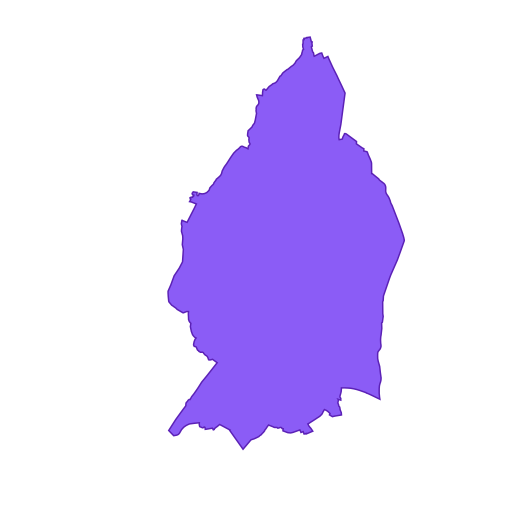 Tomesti, Iasi, Romania, rotated 68°
{"feature_id": "2599482B1049926597477", "entity_name": "Tomesti", "entity_type": "district", "adm_level": 2, "iso_a3": "ROU", "parent_name": "Romania", "parent_adm1": "Iasi", "projection": "mercator", "projection_center": [27.701, 47.108], "detail": "fine", "context": "isolated", "style": "filled", "palette": "violet", "viewbox_px": 512, "rotation_deg": 68, "n_neighbors": 0, "source": "geoboundaries", "source_scale": "gbopen_adm2", "svg_char_len": 6086}
<svg xmlns="http://www.w3.org/2000/svg" viewBox="0 0 512 512"><g transform="rotate(68 256 256)"><path d="M435.4,236.3L434.8,236.1L433.1,235.6L430.2,235.6L427.5,235.0L427.1,235.1L426.4,235.4L425.3,235.3L424.4,235.1L423.0,235.2L422.7,235.1L422.4,234.8L420.9,233.9L420.2,233.5L419.6,233.6L421.4,231.4L419.7,230.7L418.5,231.0L417.6,230.8L416.5,230.0L415.9,229.5L414.3,228.3L413.2,227.6L410.3,226.2L411.5,223.1L413.0,219.9L414.0,217.9L415.8,215.0L417.6,212.5L419.3,210.4L423.7,205.4L424.2,205.0L424.4,205.0L425.4,203.8L427.5,201.8L435.2,194.8L433.1,194.3L429.4,193.2L427.7,192.5L425.2,191.5L422.6,190.2L420.9,189.0L419.4,187.7L417.8,186.6L415.9,185.7L410.0,184.2L404.7,182.7L399.2,182.1L396.7,181.6L393.8,180.5L391.3,179.4L390.4,178.6L388.7,175.7L387.9,174.9L386.7,174.0L385.4,173.5L383.7,173.1L380.3,171.9L377.6,170.6L376.2,169.7L370.3,166.5L365.4,164.7L365.0,164.4L364.8,163.7L364.0,163.2L359.6,160.7L357.1,160.1L345.9,155.7L345.0,154.8L340.8,152.8L326.5,140.4L324.1,138.2L312.6,126.4L304.5,119.1L297.6,113.0L296.9,112.6L294.3,112.1L290.2,111.7L279.3,111.2L260.3,110.9L257.4,111.2L254.9,110.9L251.8,110.9L250.3,111.1L247.6,111.7L246.5,111.8L245.3,111.7L244.5,111.5L241.3,110.1L240.2,109.8L239.1,109.7L237.9,109.8L236.7,110.2L232.0,113.0L231.0,113.3L230.6,113.3L223.1,117.4L222.9,117.9L213.5,114.2L212.3,113.9L208.9,113.8L204.6,114.0L202.0,113.9L200.9,114.0L199.0,116.7L196.9,115.8L195.9,116.8L189.6,120.9L187.5,119.9L176.6,126.6L175.8,127.6L175.7,128.1L176.2,128.5L177.0,129.4L178.1,130.7L179.0,131.5L179.7,132.0L179.9,132.4L179.3,135.3L177.4,134.9L174.9,133.8L173.7,133.1L172.7,132.5L165.9,128.1L163.1,126.5L153.4,121.0L138.3,112.4L130.3,112.8L122.1,113.3L119.4,113.4L109.7,114.2L100.4,114.6L97.9,114.6L98.2,118.9L95.9,119.1L92.4,119.0L92.0,120.9L92.5,125.8L92.6,127.2L91.9,127.2L89.8,126.7L89.0,126.6L88.5,126.8L88.3,126.9L88.0,127.0L83.3,126.4L82.9,126.3L82.6,126.1L82.5,125.2L80.2,124.6L79.5,124.3L78.6,123.7L78.1,124.4L73.3,123.8L72.5,127.0L72.8,127.0L72.2,130.1L73.4,130.3L73.3,131.4L76.9,132.9L77.1,133.4L79.7,134.3L82.2,134.5L82.5,135.6L84.5,136.9L84.8,137.3L86.3,138.2L88.4,141.4L90.0,145.3L90.4,145.9L91.8,147.6L92.7,149.4L93.0,150.0L93.5,152.4L94.8,156.4L94.8,157.3L95.8,160.9L96.4,162.7L98.2,165.3L98.3,166.4L101.5,170.5L102.0,171.4L102.3,172.1L102.6,173.0L102.7,174.2L102.6,175.9L102.8,176.5L103.2,177.5L103.3,178.3L103.8,180.3L104.2,181.1L105.6,183.6L105.9,184.1L106.0,184.6L105.7,185.0L104.5,185.5L104.3,185.8L104.2,186.5L104.4,187.2L107.1,188.8L107.9,189.1L109.7,190.0L106.9,194.8L106.8,195.1L109.4,195.4L112.5,195.3L113.5,195.4L114.9,195.9L115.4,196.2L116.0,196.7L116.8,197.9L117.0,198.5L117.6,199.5L118.0,199.8L118.9,200.5L120.4,201.0L121.4,201.6L124.0,202.1L129.6,205.7L131.8,207.3L132.5,208.0L133.1,209.2L133.7,210.1L134.9,211.4L136.9,216.4L139.8,218.1L141.2,218.7L142.2,218.6L142.8,218.2L143.7,218.1L145.6,219.1L146.8,219.4L147.6,219.7L148.5,219.7L149.1,219.5L149.6,219.5L150.3,219.9L151.3,221.9L153.6,223.3L152.8,224.0L151.8,224.7L151.0,225.8L149.2,227.4L148.8,228.4L148.9,229.6L149.3,230.1L150.3,232.8L150.7,234.5L152.3,238.2L155.1,242.5L159.5,248.7L161.2,251.5L162.1,252.7L164.5,255.5L166.6,257.0L167.9,258.5L168.6,260.0L170.0,264.1L170.7,264.8L172.3,267.5L173.1,268.1L173.7,269.1L174.2,270.5L175.5,273.2L177.4,274.8L177.9,275.8L178.7,277.8L178.8,278.9L178.8,280.6L178.2,282.8L176.6,285.3L177.3,285.6L178.0,286.3L178.4,287.1L178.0,287.8L176.9,287.8L175.0,286.8L173.0,290.2L173.6,290.7L173.6,290.9L173.6,291.1L173.9,291.7L174.6,291.9L175.1,291.9L175.8,291.3L176.3,290.8L177.1,291.4L176.9,292.0L177.8,292.8L177.3,293.6L177.2,294.2L177.2,295.3L178.3,295.6L178.8,295.1L179.8,296.0L180.7,297.2L181.7,295.7L185.4,291.8L189.2,296.0L199.0,307.3L195.4,311.1L195.1,311.2L195.1,311.3L198.2,313.2L200.7,313.5L204.1,315.4L205.4,315.9L209.8,316.4L212.6,317.4L217.9,320.1L222.7,320.9L233.9,326.3L238.5,331.7L243.7,339.3L250.8,345.7L255.7,350.7L257.4,351.4L260.6,352.5L265.0,353.8L266.0,353.9L270.0,352.6L274.1,349.9L276.0,349.1L281.3,345.0L281.5,344.5L281.5,342.8L281.5,341.1L282.2,339.4L284.5,340.5L288.0,341.7L289.6,342.3L291.3,342.4L292.8,342.1L294.0,341.6L296.9,343.3L301.7,344.2L305.2,344.3L307.1,343.8L308.5,343.2L309.6,342.3L310.2,343.3L310.7,344.0L312.2,345.4L314.3,346.8L315.1,347.2L316.0,347.2L316.7,347.1L317.3,346.1L317.7,345.8L318.3,345.5L319.6,345.5L320.4,345.5L321.0,345.5L321.6,345.3L322.4,344.7L323.0,344.7L324.5,343.5L325.2,341.5L326.0,341.0L326.9,340.9L328.8,340.2L329.9,339.3L331.0,338.8L332.3,338.7L334.4,338.8L334.6,338.7L334.8,338.4L335.3,337.2L335.4,336.0L335.5,335.0L340.4,332.0L348.4,345.9L352.6,353.6L354.9,356.8L357.1,359.9L360.5,365.1L362.3,368.3L364.4,370.9L364.1,371.3L364.0,371.8L364.1,372.1L364.3,372.9L365.3,374.4L365.7,375.5L366.7,376.3L368.6,377.2L371.5,382.0L377.5,391.6L385.1,402.3L391.8,399.6L392.4,396.5L392.4,395.9L392.3,394.7L391.6,393.3L389.1,390.1L387.7,387.2L387.3,385.7L387.0,384.3L386.8,381.9L386.8,380.4L388.1,375.5L389.4,371.0L390.6,371.6L391.7,371.9L393.1,372.1L395.2,370.0L395.4,369.6L395.4,369.2L395.3,368.9L395.2,368.5L395.2,368.2L395.3,367.9L395.6,367.6L395.9,367.6L396.3,367.6L397.7,368.0L398.3,365.5L398.6,364.1L399.0,362.3L399.3,361.0L400.2,360.8L401.2,360.7L401.2,359.7L400.7,359.6L399.9,357.3L399.6,355.9L398.6,352.8L407.6,345.3L407.8,345.7L430.3,340.4L424.6,329.6L424.6,328.5L424.8,326.3L424.7,324.0L424.5,321.0L424.0,319.9L423.6,317.9L422.9,316.8L422.2,314.9L421.7,314.4L421.5,313.7L420.7,313.0L419.9,311.5L418.9,310.1L417.4,307.7L420.7,304.2L421.2,303.8L421.5,303.5L421.9,303.0L422.5,301.5L422.9,300.7L423.3,300.5L423.6,300.5L424.0,299.5L424.0,298.4L424.0,297.8L424.2,297.3L424.5,296.9L424.7,296.6L425.4,296.6L426.0,296.3L426.4,295.5L428.2,296.5L431.7,292.7L433.0,290.2L433.4,287.9L433.7,280.5L436.5,280.4L436.5,278.1L439.1,278.1L439.3,276.0L439.8,276.1L439.8,275.6L439.7,269.0L437.7,269.4L436.3,269.7L433.7,270.6L431.1,270.8L431.0,269.8L429.9,263.9L429.0,259.5L428.5,256.8L427.8,255.3L427.7,254.7L427.3,254.1L426.5,253.1L425.8,252.4L424.0,250.1L425.1,249.0L425.5,248.7L426.7,247.8L427.9,247.2L429.8,246.4L430.8,247.4L433.6,245.3L433.9,243.1L435.4,236.3Z" fill="#8b5cf6" stroke="#5b21b6" stroke-width="1.5"/></g></svg>